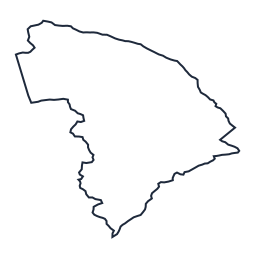 Itapé, Bahia, Brazil (Equal Earth projection), rotated 269°
{"feature_id": "56859067B92693928020841", "entity_name": "Itapé", "entity_type": "district", "adm_level": 2, "iso_a3": "BRA", "parent_name": "Brazil", "parent_adm1": "Bahia", "projection": "equal_earth", "projection_center": [-39.512, -14.957], "detail": "fine", "context": "isolated", "style": "outline", "palette": "slate", "viewbox_px": 256, "rotation_deg": 269, "n_neighbors": 0, "source": "geoboundaries", "source_scale": "gbopen_adm2", "svg_char_len": 2734}
<svg xmlns="http://www.w3.org/2000/svg" viewBox="0 0 256 256"><g transform="rotate(269 128 128)"><path d="M154.9,31.7L155.3,34.9L155.8,38.6L156.9,41.7L157.4,46.4L157.8,50.2L157.4,54.5L157.7,58.8L158.3,63.8L157.4,68.4L154.9,68.4L152.6,70.0L150.3,70.4L147.9,71.3L146.2,75.4L143.6,78.0L142.8,80.6L141.5,83.3L138.6,83.7L135.9,84.3L134.8,81.0L135.4,77.5L132.5,75.7L130.3,73.3L127.7,71.0L124.7,70.3L123.3,72.9L120.5,74.7L120.3,78.9L119.7,82.4L117.0,83.1L115.1,85.4L112.0,87.8L109.4,87.7L106.7,88.7L104.0,90.2L101.7,93.0L99.3,92.0L96.7,93.0L94.5,91.2L93.7,85.7L94.4,81.9L91.2,81.3L87.5,81.0L84.4,78.3L82.3,79.0L80.4,82.1L77.8,80.3L77.2,77.6L75.5,79.1L73.6,79.6L71.0,78.7L68.9,79.2L67.6,81.8L65.6,84.4L62.5,85.1L59.2,87.7L59.2,91.2L57.5,94.1L56.4,99.6L53.4,100.9L52.1,96.7L49.8,92.3L47.0,92.1L44.1,91.1L41.9,92.8L40.5,95.5L39.4,98.3L38.6,101.1L37.6,103.3L35.4,104.9L32.5,104.9L30.4,107.0L28.1,108.8L25.6,112.1L22.9,110.7L19.3,110.5L22.1,115.2L24.6,116.8L26.7,117.8L29.6,118.9L31.3,120.9L32.7,123.4L35.0,126.5L36.9,129.5L38.6,132.1L39.8,135.7L40.8,139.1L43.6,141.5L46.3,143.6L48.8,144.3L51.9,144.5L54.5,146.8L57.1,150.6L59.7,149.9L62.4,150.9L64.5,153.5L66.7,156.3L68.8,158.0L71.7,157.3L73.3,159.9L73.0,163.2L73.7,167.5L75.0,171.9L77.2,171.8L79.2,172.7L81.3,173.7L82.6,176.2L80.8,179.6L80.4,182.6L82.9,183.8L83.6,187.9L85.7,191.8L87.5,195.1L89.1,198.0L90.1,201.6L91.1,204.1L91.3,207.1L92.9,209.7L94.2,212.5L95.8,214.2L98.3,213.3L98.5,216.0L98.9,218.6L99.5,221.5L99.7,225.2L100.0,228.7L100.8,231.3L101.2,234.4L101.5,237.4L103.2,238.8L105.8,237.1L107.4,234.2L108.5,231.3L109.6,227.9L112.1,225.0L113.1,221.9L114.6,219.9L126.5,235.0L128.5,232.5L130.7,229.9L133.5,228.6L135.8,228.3L137.9,226.2L140.7,225.8L143.4,223.4L146.1,220.7L147.0,217.9L148.3,215.9L150.6,216.7L152.2,214.8L154.1,213.9L155.1,210.6L157.5,208.4L159.5,206.1L160.9,203.6L162.3,201.4L164.9,200.4L167.9,198.7L171.6,198.4L174.9,198.4L176.8,196.1L178.2,192.7L180.5,190.1L182.9,188.2L184.8,186.4L186.8,185.1L188.7,183.5L190.7,181.4L192.5,179.8L194.1,178.3L194.6,175.7L195.8,171.8L197.6,167.5L199.7,164.2L201.0,160.2L202.2,157.9L203.5,155.5L204.6,153.3L205.8,151.0L207.2,148.3L209.4,144.7L211.5,142.2L212.0,139.3L213.2,135.7L214.1,132.7L214.8,129.8L214.9,126.8L215.7,124.1L216.5,120.5L217.8,116.7L219.8,112.6L221.6,108.6L221.8,104.0L223.7,98.9L224.2,95.2L224.2,91.3L224.4,88.2L224.3,84.8L225.4,81.1L227.1,77.9L228.6,74.7L230.7,72.7L231.3,69.0L231.2,64.6L231.6,60.8L232.2,56.8L234.9,53.4L235.8,49.8L236.7,45.1L234.7,43.6L232.9,40.3L232.2,36.7L231.4,32.5L228.5,29.4L225.4,29.9L220.9,30.9L217.2,29.4L214.7,31.7L212.3,34.5L209.9,36.0L207.9,33.7L205.9,31.7L204.9,29.4L205.0,26.7L205.3,24.1L204.5,20.4L203.4,17.2L162.1,28.9L154.9,31.7Z" fill="none" stroke="#1e293b" stroke-width="2"/></g></svg>